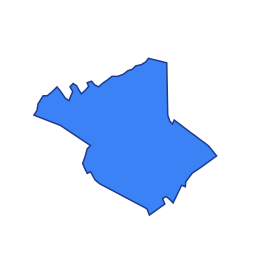 Princesa, Santa Catarina, Brazil (Albers equal-area conic projection), rotated 20°
{"feature_id": "56859067B63581322441845", "entity_name": "Princesa", "entity_type": "district", "adm_level": 2, "iso_a3": "BRA", "parent_name": "Brazil", "parent_adm1": "Santa Catarina", "projection": "albers", "projection_center": [-53.626, -26.429], "detail": "fine", "context": "isolated", "style": "filled", "palette": "blue", "viewbox_px": 256, "rotation_deg": 20, "n_neighbors": 0, "source": "geoboundaries", "source_scale": "gbopen_adm2", "svg_char_len": 972}
<svg xmlns="http://www.w3.org/2000/svg" viewBox="0 0 256 256"><g transform="rotate(20 128 128)"><path d="M37.2,126.8L36.2,131.4L35.2,136.1L36.5,142.5L35.2,148.1L63.6,148.7L98.7,157.3L96.8,161.5L97.5,170.2L97.5,176.8L101.4,181.0L105.2,184.6L107.8,181.9L111.2,184.9L114.9,188.1L120.6,190.1L173.4,197.4L177.9,202.5L188.6,186.8L184.6,182.5L187.4,179.3L192.0,181.0L196.0,183.0L197.9,163.5L201.9,163.6L200.7,158.7L203.8,148.5L210.4,139.4L220.8,123.9L210.2,117.5L206.5,116.2L198.9,114.0L194.6,112.6L187.5,110.6L168.7,104.7L168.4,109.1L164.7,107.1L160.9,102.2L142.1,53.5L123.4,55.5L122.2,59.6L118.9,63.9L113.9,67.1L112.0,71.3L108.2,74.3L105.0,79.4L100.6,83.0L95.3,84.9L92.3,89.8L89.2,94.1L86.4,99.3L81.9,98.9L77.7,96.5L74.1,99.4L76.8,102.4L74.9,107.3L72.4,111.9L68.6,108.9L65.4,106.0L61.2,104.9L59.4,109.1L63.6,112.6L63.3,117.8L63.2,122.4L59.0,121.5L55.5,119.0L51.5,116.2L47.2,113.7L44.3,119.9L41.2,125.2L37.2,126.8Z" fill="#3b82f6" stroke="#1e3a8a" stroke-width="1.5"/></g></svg>